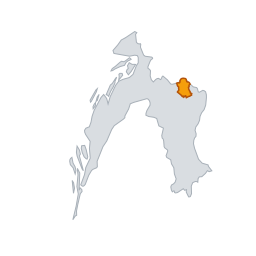 Croatia, with Krapinsko-Zagorska highlighted, rotated 68°
{"feature_id": "HRV-1582", "entity_name": "Krapinsko-Zagorska", "entity_type": "County", "adm_level": 1, "iso_a3": "HRV", "parent_name": "Croatia", "parent_adm1": "", "projection": "albers", "projection_center": [16.026, 46.085], "detail": "fine", "context": "in_parent", "style": "filled", "palette": "amber", "viewbox_px": 256, "rotation_deg": 68, "n_neighbors": 0, "source": "natural_earth", "source_scale": "10m", "svg_char_len": 5032}
<svg xmlns="http://www.w3.org/2000/svg" viewBox="0 0 256 256"><g transform="rotate(68 128 128)"><path d="M42.9,84.1L44.0,85.9L51.7,88.1L53.4,87.3L54.4,85.9L54.4,85.0L55.1,84.8L57.8,86.2L66.2,86.2L67.9,85.2L71.2,79.4L72.2,79.0L72.9,79.2L73.3,81.0L74.5,82.6L78.7,86.6L80.2,87.1L81.8,86.0L83.4,85.7L88.0,87.9L91.9,88.3L94.8,87.3L93.4,84.1L93.1,82.5L93.4,81.1L95.3,79.8L95.2,79.2L92.9,76.7L93.0,76.1L98.2,73.4L103.2,71.9L104.0,70.7L104.8,65.6L104.5,62.9L102.5,60.3L102.4,59.0L102.9,57.7L103.6,56.5L108.0,55.1L114.3,52.1L116.2,49.3L117.3,48.9L120.8,49.3L121.6,48.6L121.1,44.6L121.7,43.6L123.5,42.5L126.6,42.9L129.2,43.9L135.9,47.4L139.5,50.6L141.5,54.1L144.3,56.9L147.7,58.8L150.4,61.5L152.5,64.8L155.3,66.7L158.9,67.0L161.2,68.1L162.2,70.0L164.2,71.7L167.2,73.2L171.8,73.9L183.4,74.3L188.4,72.4L192.2,67.6L193.8,67.8L199.1,66.3L198.9,69.1L197.3,70.4L199.1,73.2L200.8,77.8L200.0,80.2L201.1,81.9L204.4,83.6L203.5,84.2L202.8,85.7L202.9,88.5L205.6,91.1L212.7,93.7L214.9,95.9L214.9,96.9L214.6,97.6L209.2,98.0L207.1,96.9L207.0,98.8L205.0,99.5L206.4,106.3L206.0,108.3L205.3,109.0L203.8,108.7L203.4,109.3L203.8,110.8L201.8,111.0L198.7,110.4L197.2,109.1L196.8,106.5L195.8,104.5L193.2,102.4L188.0,102.2L182.0,100.4L177.6,101.1L173.4,100.3L169.8,103.1L168.0,103.1L164.3,99.8L163.2,99.6L160.1,101.4L158.8,101.5L153.5,99.8L151.5,99.5L150.1,100.1L147.6,99.5L141.4,95.2L137.6,98.6L129.9,97.8L127.7,100.1L125.1,104.5L122.9,106.6L121.1,105.8L118.9,103.9L115.1,99.0L113.1,98.1L110.9,97.9L109.0,98.4L107.9,99.4L106.4,113.0L106.4,116.8L110.6,120.3L115.7,126.4L117.3,127.1L118.1,129.1L120.7,139.9L123.3,143.7L132.1,152.6L135.9,158.2L147.3,169.1L152.3,170.9L153.1,171.9L153.2,176.2L153.8,177.8L157.2,182.2L164.2,188.7L165.0,190.2L165.2,191.3L164.8,192.1L163.0,193.1L155.0,185.8L148.8,181.9L141.8,174.3L132.5,171.4L126.2,168.1L118.2,169.7L115.6,169.7L113.8,169.1L112.4,167.1L112.4,163.4L108.7,160.1L103.7,156.9L99.0,152.8L89.6,141.6L87.8,138.0L92.7,136.7L98.3,137.5L92.3,132.8L83.7,123.4L81.2,119.1L81.0,114.4L81.7,107.9L80.2,103.3L73.7,97.2L71.4,94.1L66.5,92.1L64.4,92.2L63.0,94.5L62.0,99.7L53.6,113.1L50.5,112.9L47.1,106.3L43.9,101.3L43.3,96.2L41.1,85.6L42.9,84.1ZM189.7,208.3L189.8,209.8L192.4,213.5L181.1,205.4L170.5,198.8L163.1,197.3L152.9,192.0L146.4,190.1L151.7,189.6L167.4,196.7L165.6,194.8L167.8,193.9L169.7,194.4L171.0,196.8L179.9,203.1L185.6,206.8L189.7,208.3ZM69.0,120.8L68.7,122.4L67.0,120.3L66.1,116.6L64.0,110.6L63.7,108.9L64.9,107.3L64.9,105.6L63.4,100.3L64.8,99.5L65.6,99.4L65.8,103.1L66.5,105.2L68.6,107.8L68.1,112.0L68.4,118.1L69.0,120.8ZM78.8,107.7L75.2,108.5L73.4,106.9L73.0,105.5L70.0,105.1L67.9,102.4L70.5,100.4L71.9,97.1L76.8,103.9L78.8,107.7ZM138.2,179.5L133.4,179.6L129.2,178.9L127.1,177.6L127.9,174.7L132.6,174.9L139.7,176.1L141.5,177.6L140.9,178.3L138.2,179.5ZM150.9,185.4L148.7,185.9L135.0,185.7L131.1,184.9L125.7,182.0L130.2,181.3L134.3,181.9L135.6,183.5L150.9,185.4ZM89.8,134.7L89.0,135.8L81.6,128.3L80.8,125.8L77.2,120.8L76.6,119.4L80.0,122.7L81.2,123.1L84.4,126.3L87.6,130.5L91.4,134.1L89.8,134.7ZM134.2,191.0L139.9,192.1L144.1,191.6L147.9,192.2L150.8,194.2L144.3,193.8L140.4,195.2L137.0,194.5L135.6,193.7L134.7,192.6L134.2,191.0ZM89.6,152.1L90.0,153.1L88.0,152.7L80.7,143.5L80.0,141.7L82.6,143.8L89.6,152.1ZM77.1,113.2L80.1,118.7L77.3,117.0L74.8,116.3L74.3,115.0L75.2,113.0L77.1,113.2ZM163.9,200.2L168.1,203.0L155.7,199.4L158.4,199.0L163.9,200.2ZM95.2,150.0L97.1,153.1L95.2,152.5L93.3,150.5L92.1,148.4L95.2,150.0ZM91.0,146.2L91.4,147.7L87.7,144.9L86.0,142.2L91.0,146.2Z" fill="#d9dde1" stroke="#a8b0b8" stroke-width="1"/><path d="M108.4,54.5L108.5,54.4L109.0,54.2L109.4,54.1L110.7,54.0L110.8,54.2L110.8,54.6L110.9,54.9L111.0,55.2L111.2,55.4L112.4,55.8L112.6,55.9L112.7,56.1L112.8,56.4L112.8,56.6L113.1,56.8L113.3,56.8L113.7,56.8L114.0,56.9L114.8,57.2L115.1,57.2L115.4,57.2L115.7,57.0L115.9,57.0L116.1,57.0L116.5,57.0L117.0,57.0L117.4,56.8L117.6,56.8L117.9,56.9L118.3,57.0L118.8,57.1L119.0,57.0L119.2,56.9L119.3,56.7L119.6,56.3L119.7,56.1L119.9,56.0L120.1,56.0L120.3,56.2L120.4,56.4L120.5,56.7L120.7,56.8L120.9,56.9L121.3,56.8L121.4,57.1L121.3,57.6L121.3,57.8L121.4,58.1L121.6,58.5L121.7,58.9L121.5,59.5L121.5,59.9L121.5,60.2L121.7,62.4L121.3,62.3L121.2,62.3L120.7,62.5L120.4,62.5L120.0,62.4L119.9,62.4L119.8,62.5L119.7,62.6L119.7,62.9L119.8,63.0L120.0,63.2L120.2,63.3L120.3,63.4L120.3,63.5L120.2,63.7L119.8,63.9L119.7,64.0L119.8,64.3L120.0,64.5L120.2,64.8L119.8,64.9L119.7,64.9L119.4,64.8L119.2,64.8L119.0,65.2L119.0,65.3L119.2,65.6L119.3,65.7L119.2,65.8L118.2,66.2L117.8,66.2L117.4,66.5L116.9,66.7L113.2,68.7L112.9,68.5L112.8,68.4L112.8,68.1L112.5,67.7L112.3,67.4L112.1,66.9L111.9,66.7L111.7,66.6L109.8,66.1L109.5,65.9L109.2,65.8L109.0,65.7L108.8,65.7L108.3,65.9L107.9,66.2L107.3,66.3L105.3,66.1L104.7,66.1L104.7,65.2L104.9,64.4L105.3,63.8L105.4,63.4L105.3,63.2L105.0,62.8L104.7,62.5L103.8,62.2L103.5,62.0L103.3,61.7L102.7,61.1L102.3,60.1L102.3,59.1L102.7,57.9L103.3,56.9L103.4,56.7L103.8,56.2L104.4,55.9L104.9,55.9L107.0,56.1L107.5,55.7L108.1,54.7L108.4,54.5Z" fill="#f59e0b" stroke="#b45309" stroke-width="1.5"/></g></svg>